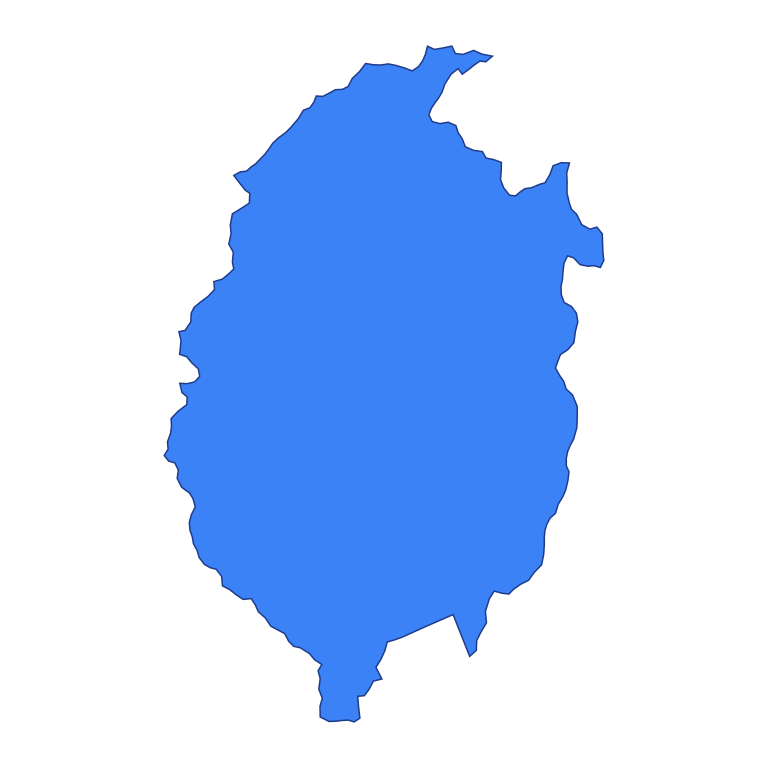 São Bonifácio, Santa Catarina, Brazil
{"feature_id": "56859067B25915712564646", "entity_name": "São Bonifácio", "entity_type": "district", "adm_level": 2, "iso_a3": "BRA", "parent_name": "Brazil", "parent_adm1": "Santa Catarina", "projection": "robinson", "projection_center": [-48.935, -27.959], "detail": "fine", "context": "isolated", "style": "filled", "palette": "blue", "viewbox_px": 768, "rotation_deg": 0, "n_neighbors": 0, "source": "geoboundaries", "source_scale": "gbopen_adm2", "svg_char_len": 3239}
<svg xmlns="http://www.w3.org/2000/svg" viewBox="0 0 768 768"><path d="M233.8,175.4L238.0,181.0L245.1,190.0L249.8,193.4L249.3,203.1L240.3,209.0L232.4,213.7L230.3,225.0L231.1,233.5L228.8,244.1L233.3,252.2L232.4,262.2L233.8,268.9L229.1,273.5L222.4,279.1L213.9,281.6L214.5,289.5L208.3,296.2L200.3,302.2L194.1,307.4L191.2,313.2L190.8,322.0L185.0,330.5L178.9,331.6L181.0,340.4L180.4,347.6L179.6,354.3L186.8,356.8L191.9,363.0L198.3,368.8L199.7,376.3L194.7,381.9L187.1,383.7L179.8,383.3L182.0,392.6L187.1,396.8L186.8,404.6L178.1,411.2L171.1,418.6L171.5,426.1L170.6,433.3L167.5,441.7L168.1,449.1L164.2,455.5L168.7,461.1L174.8,462.9L178.3,470.0L177.2,478.5L181.7,487.3L189.5,493.0L192.9,498.4L195.3,506.8L191.4,514.7L189.3,522.5L189.9,530.0L192.3,536.9L193.4,543.6L197.1,550.4L199.2,557.6L204.6,564.6L210.5,567.8L216.1,569.2L221.6,576.3L222.5,585.9L229.8,589.7L236.1,594.7L243.1,599.4L251.2,598.6L255.4,605.0L258.3,611.7L265.4,618.0L270.8,626.2L278.7,630.4L284.7,633.6L288.6,641.1L293.6,646.3L300.3,647.8L309.4,653.5L314.6,659.8L321.8,664.4L318.1,670.9L320.2,678.6L318.8,689.2L322.3,698.2L320.0,706.3L320.2,717.0L329.1,721.5L337.2,721.1L342.7,720.4L348.3,720.1L354.1,721.9L359.9,718.2L358.6,707.3L357.7,696.3L364.3,695.7L368.9,689.6L373.4,681.1L381.9,679.0L375.9,667.3L380.9,659.4L384.9,650.6L387.3,641.9L393.0,640.4L402.1,637.2L426.2,626.3L446.8,617.3L453.1,614.6L469.7,656.4L476.3,650.3L476.7,640.6L480.7,632.5L486.5,622.7L485.4,611.4L489.4,598.6L494.2,591.1L502.3,593.3L509.0,594.0L513.5,589.3L520.4,584.4L528.7,580.2L534.1,572.5L541.6,564.9L543.7,554.4L544.3,544.8L544.3,537.7L544.9,530.7L546.8,524.2L550.1,518.1L555.5,513.3L558.2,504.3L563.0,496.3L565.7,490.0L567.9,480.6L569.0,471.9L566.3,465.8L566.3,458.4L567.6,451.6L570.3,445.3L573.6,439.2L576.9,427.5L577.3,415.6L577.2,406.4L572.5,394.9L566.3,389.2L563.6,381.2L559.6,375.4L555.5,368.0L557.6,361.8L560.4,354.6L567.9,349.6L573.9,342.6L575.4,331.3L577.8,322.0L576.4,313.2L571.5,306.5L564.2,302.5L561.3,294.7L561.0,286.6L562.5,278.9L563.1,270.7L564.0,263.3L567.6,255.8L573.7,257.9L580.0,264.6L587.8,266.2L594.1,265.7L600.3,267.5L603.8,260.5L603.0,252.9L602.6,244.1L602.3,233.9L596.9,227.1L589.9,229.2L581.6,224.6L576.7,214.3L571.6,209.5L569.4,203.4L567.0,193.0L567.1,181.4L566.7,172.9L569.5,163.0L561.2,162.7L553.1,165.8L549.8,174.7L545.0,182.8L539.6,184.3L531.3,187.8L525.1,188.6L520.3,191.8L515.4,195.9L509.5,195.2L503.7,187.8L500.5,179.6L501.2,171.2L501.4,162.4L493.5,159.5L486.1,158.1L482.4,151.6L473.4,150.3L465.3,146.7L462.2,138.7L458.2,132.9L455.9,125.6L448.2,122.2L439.9,123.6L432.2,121.6L428.9,114.9L431.2,108.6L434.7,103.2L438.6,98.0L442.0,92.2L444.9,84.0L451.1,74.1L458.2,68.6L462.2,74.2L468.2,69.8L474.8,64.6L480.0,61.0L485.8,61.8L492.4,56.2L482.1,54.2L473.7,50.4L463.1,54.4L455.3,53.5L451.9,46.1L442.8,48.0L434.4,49.4L427.5,46.2L425.4,54.4L422.7,60.7L418.5,66.6L412.3,70.9L405.2,68.2L395.5,65.3L388.4,63.9L380.7,65.0L373.7,64.8L365.6,63.5L359.5,71.6L352.3,78.4L348.1,86.5L342.3,89.4L335.4,89.7L329.6,92.9L322.9,96.4L316.3,96.0L313.9,102.1L309.9,107.8L303.4,110.2L298.2,118.8L291.0,127.2L286.1,132.2L278.3,138.0L272.8,143.2L268.9,148.9L264.8,154.3L260.4,158.8L255.9,163.6L251.1,167.0L246.5,171.1L240.2,171.9L233.8,175.4Z" fill="#3b82f6" stroke="#1e3a8a" stroke-width="1.5"/></svg>